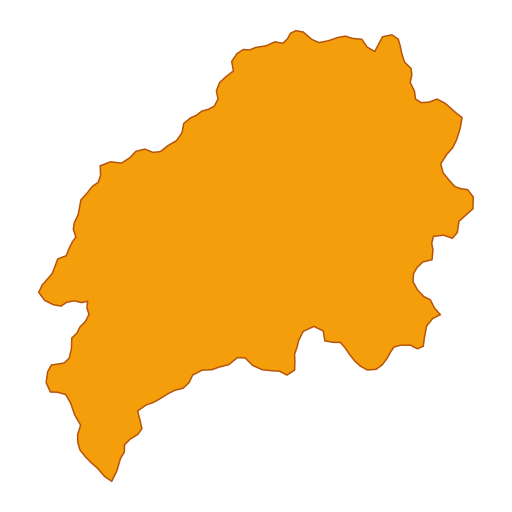 Piedade dos Gerais, Minas Gerais, Brazil (orthographic projection)
{"feature_id": "56859067B13510462648296", "entity_name": "Piedade dos Gerais", "entity_type": "district", "adm_level": 2, "iso_a3": "BRA", "parent_name": "Brazil", "parent_adm1": "Minas Gerais", "projection": "orthographic", "projection_center": [-44.249, -20.484], "detail": "fine", "context": "isolated", "style": "filled", "palette": "amber", "viewbox_px": 512, "rotation_deg": 0, "n_neighbors": 0, "source": "geoboundaries", "source_scale": "gbopen_adm2", "svg_char_len": 2468}
<svg xmlns="http://www.w3.org/2000/svg" viewBox="0 0 512 512"><path d="M462.1,117.6L455.7,112.6L450.4,107.9L445.1,103.3L437.1,99.1L428.8,102.2L421.1,102.6L415.5,99.0L414.5,91.2L410.2,82.4L411.8,75.2L411.1,68.5L404.5,62.0L401.8,53.6L400.2,45.7L398.2,39.1L391.8,34.8L382.5,36.8L377.8,45.7L374.8,51.5L367.2,47.2L361.8,39.3L351.9,38.3L345.5,36.1L337.8,37.5L328.2,40.8L318.9,42.6L311.6,39.3L303.2,32.0L295.9,30.7L290.4,33.3L287.4,39.0L282.7,43.3L274.9,41.8L266.4,45.7L255.6,47.5L249.4,50.0L243.3,49.5L237.0,53.6L231.7,61.4L233.4,70.9L225.7,76.9L219.6,82.6L216.4,90.9L218.0,99.0L214.3,106.2L208.4,109.3L201.8,111.1L196.4,115.3L190.5,117.9L183.7,123.5L182.0,132.7L176.7,140.5L167.5,145.9L160.4,151.6L153.1,152.4L144.8,149.1L135.9,151.3L129.9,157.7L121.5,163.1L110.5,161.8L100.2,165.8L100.6,175.1L98.3,182.2L92.2,186.5L86.9,193.3L80.9,199.9L78.2,214.6L74.3,222.7L73.3,229.4L75.9,236.9L72.2,242.1L69.0,248.6L66.3,255.7L57.7,258.9L55.0,266.4L52.3,273.4L46.7,279.9L42.3,284.9L38.7,292.4L44.8,300.5L53.3,304.7L61.0,306.1L66.7,302.3L74.1,300.8L81.6,302.6L87.6,301.2L86.9,307.9L89.0,314.4L85.6,321.1L79.9,327.1L76.9,333.1L71.8,338.0L71.4,348.8L69.1,358.4L64.0,363.0L57.6,364.1L51.4,365.0L47.7,371.6L46.1,382.6L50.4,392.0L57.4,392.2L65.7,394.5L70.6,403.1L74.7,414.9L80.6,425.2L77.6,434.8L77.8,442.5L80.0,450.0L85.7,457.1L91.4,462.9L97.4,468.1L104.4,476.3L111.7,481.3L116.7,471.3L118.6,464.9L120.6,458.2L124.3,452.2L124.6,444.7L129.9,439.3L137.9,434.3L141.9,428.7L140.0,420.2L137.6,411.0L146.2,404.9L153.5,402.4L159.9,398.8L167.6,393.9L174.8,390.3L183.1,388.2L189.1,382.6L192.7,375.0L202.2,370.1L212.0,369.7L218.8,367.2L228.7,364.7L237.4,357.6L245.1,357.9L252.6,365.4L262.1,369.7L272.6,370.8L279.3,371.1L286.9,375.1L294.6,370.1L294.9,362.2L294.6,354.1L296.9,347.7L298.6,340.6L303.2,331.4L313.9,326.4L323.2,330.9L324.9,340.9L333.2,342.3L340.2,342.4L344.8,347.4L349.8,354.8L354.9,361.1L360.4,366.2L367.4,370.0L376.1,369.3L382.1,365.0L386.8,358.8L390.4,352.3L394.0,347.0L400.8,345.2L410.6,345.2L417.4,348.8L423.3,346.2L424.4,337.5L426.6,326.0L432.7,318.5L440.3,314.7L434.4,307.9L430.3,299.8L423.7,296.5L417.4,289.7L413.0,281.7L413.6,273.5L417.0,267.7L422.7,262.0L432.0,259.7L433.0,249.7L431.7,243.4L433.4,236.4L443.6,235.2L452.3,238.3L457.3,232.6L459.0,221.2L465.3,215.6L472.9,208.8L473.3,197.0L467.7,189.7L460.7,188.6L454.7,186.5L449.1,180.1L443.1,172.9L440.7,163.8L447.0,154.1L452.5,148.0L456.6,139.8L460.1,128.6L462.1,117.6Z" fill="#f59e0b" stroke="#b45309" stroke-width="1.5"/></svg>